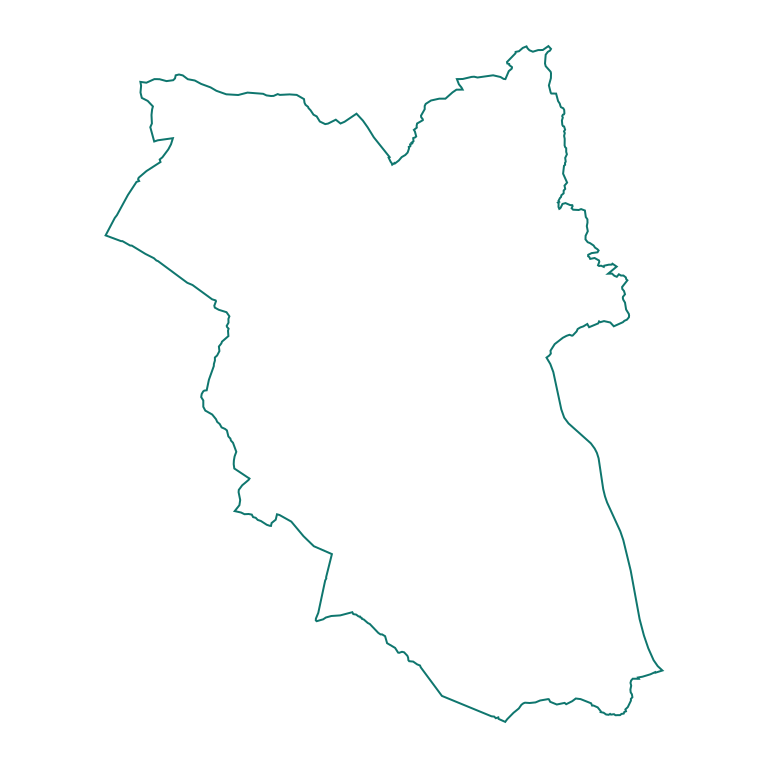 Breaza, Prahova, Romania
{"feature_id": "2599482B80317007736787", "entity_name": "Breaza", "entity_type": "district", "adm_level": 2, "iso_a3": "ROU", "parent_name": "Romania", "parent_adm1": "Prahova", "projection": "equal_earth", "projection_center": [25.656, 45.184], "detail": "fine", "context": "isolated", "style": "outline", "palette": "teal", "viewbox_px": 768, "rotation_deg": 0, "n_neighbors": 0, "source": "geoboundaries", "source_scale": "gbopen_adm2", "svg_char_len": 6037}
<svg xmlns="http://www.w3.org/2000/svg" viewBox="0 0 768 768"><path d="M505.2,721.9L507.2,719.2L513.5,712.8L518.8,708.5L521.4,704.8L523.4,703.3L525.0,702.7L529.7,703.0L535.5,702.4L540.1,700.5L548.2,699.1L548.9,699.3L550.2,701.8L556.8,704.5L564.6,702.9L566.2,704.2L572.2,701.2L575.8,698.5L580.6,699.1L591.1,703.3L592.1,705.6L593.4,705.5L597.7,707.4L600.8,711.3L600.6,712.1L603.6,712.7L606.1,714.5L608.7,714.8L610.1,713.9L611.0,714.6L614.0,714.2L615.4,715.2L620.1,715.1L621.5,713.9L623.7,713.6L624.3,712.0L626.0,711.3L625.4,709.4L627.8,707.1L630.9,700.7L630.9,698.9L632.4,697.2L631.9,694.3L630.7,692.4L630.4,689.6L631.2,685.7L630.5,682.9L631.1,680.6L632.1,679.4L632.8,678.7L638.8,678.8L638.0,677.5L642.5,676.7L650.4,674.3L655.2,672.1L655.4,672.7L662.4,670.5L657.7,666.1L653.6,660.2L648.3,648.3L643.9,635.4L639.6,619.1L630.7,570.6L623.3,540.1L620.3,531.3L607.1,502.5L605.0,496.4L603.2,489.0L598.6,458.3L596.9,452.9L594.7,448.6L590.9,443.4L568.5,423.4L564.2,417.6L561.3,409.4L553.3,372.0L550.3,364.0L546.5,357.6L549.3,355.5L550.8,353.6L550.5,350.7L554.7,344.1L562.8,337.8L566.6,335.8L569.5,334.8L572.0,335.7L572.7,335.5L576.6,331.4L577.7,329.0L580.4,327.4L583.3,326.4L587.3,324.0L589.1,327.2L598.2,323.4L599.1,321.4L600.2,322.2L604.0,321.1L610.3,322.5L613.8,326.3L622.9,322.2L624.4,320.8L626.9,319.7L628.9,317.3L629.1,315.5L628.8,313.9L626.1,309.5L625.0,302.6L623.2,299.6L622.8,297.9L623.0,296.7L625.0,294.3L624.0,291.0L622.3,289.0L622.1,287.0L627.4,280.3L626.3,279.3L625.8,277.4L623.4,275.5L620.9,275.5L618.9,274.3L616.8,276.8L614.4,275.8L612.0,273.6L608.1,273.7L616.7,266.6L612.4,263.7L611.7,264.6L608.7,264.7L604.2,265.7L603.8,266.9L601.1,265.7L599.1,266.0L598.0,265.3L599.3,261.8L599.0,260.5L594.6,258.0L590.2,258.9L589.4,257.2L588.1,256.2L588.2,254.8L591.6,253.1L597.5,252.3L598.6,250.5L597.4,249.2L595.0,247.6L593.6,245.5L590.0,243.1L587.7,242.2L585.5,239.4L585.6,235.8L587.8,231.2L586.8,226.1L587.5,222.7L587.4,219.3L585.8,217.0L584.9,210.5L581.1,209.1L578.7,210.0L573.1,209.7L571.6,208.2L572.6,206.2L572.3,205.2L570.2,205.1L565.5,203.1L562.5,203.9L560.7,207.7L559.7,208.7L559.3,208.9L558.5,206.9L558.6,203.4L557.9,202.6L559.2,201.9L558.5,200.9L559.9,198.1L561.0,197.0L561.4,195.2L563.6,193.4L563.7,190.5L565.2,188.9L564.5,185.6L567.1,182.6L563.1,173.7L564.0,165.8L565.1,164.8L565.0,162.9L565.7,161.7L565.2,157.9L566.9,154.3L566.2,151.9L566.2,148.2L565.2,147.2L564.6,145.5L564.7,138.8L564.1,135.9L564.8,133.1L564.0,131.3L565.1,129.7L564.1,126.5L563.0,126.1L562.3,124.8L561.9,120.5L562.8,117.6L562.2,116.1L562.9,114.7L563.9,114.4L564.4,113.4L564.2,110.0L563.3,108.3L561.0,107.2L560.5,106.2L559.7,103.5L558.1,101.1L556.1,93.6L551.3,93.5L550.7,92.6L548.9,85.4L550.9,78.1L551.0,73.2L550.6,71.7L545.7,66.2L545.0,63.5L545.7,54.7L547.8,51.9L550.0,50.6L551.0,48.9L548.4,46.1L542.8,50.0L538.1,50.1L532.9,51.7L529.5,50.3L527.6,48.4L526.5,46.4L522.8,47.9L519.0,51.2L515.6,51.9L515.5,53.3L507.0,62.0L507.3,63.5L509.2,64.0L509.4,65.2L511.9,67.0L512.0,67.8L511.6,68.8L508.8,71.1L505.4,79.1L503.6,78.9L500.5,77.0L493.1,75.3L477.5,77.5L474.1,76.7L471.6,76.9L462.7,79.0L456.9,79.1L458.9,84.3L461.5,87.5L462.6,89.6L456.4,89.7L452.5,92.4L445.4,98.7L439.1,98.7L431.0,100.5L425.7,103.9L424.7,106.0L424.7,109.2L421.0,115.7L421.2,117.2L422.8,119.3L422.8,120.2L417.1,123.5L416.6,126.0L416.8,127.6L413.9,129.9L414.9,131.5L416.2,136.4L415.3,137.3L413.2,138.1L413.5,141.2L411.8,142.5L412.5,142.9L412.3,143.4L410.1,144.4L410.5,145.8L410.2,146.4L408.8,146.9L409.0,148.6L407.6,152.6L405.3,155.0L401.7,157.1L398.8,160.5L394.9,163.5L394.5,163.0L392.2,164.7L391.4,162.6L390.8,162.1L388.6,157.6L389.6,157.1L373.8,137.3L367.7,127.4L362.9,120.6L356.5,113.7L344.5,121.8L340.5,123.5L335.8,119.7L328.0,123.6L325.2,124.1L319.8,121.5L316.7,116.4L313.5,114.7L310.5,110.2L308.5,108.1L308.1,106.9L305.5,104.8L304.5,102.7L304.0,99.1L296.7,94.9L289.5,94.4L279.9,94.9L277.7,94.1L273.6,95.9L271.0,96.0L266.5,95.4L263.1,93.8L247.5,92.6L238.2,95.0L226.3,94.3L216.4,90.8L210.6,87.4L201.1,83.9L194.8,80.5L187.8,79.2L182.8,75.4L179.0,74.5L175.7,75.3L175.0,78.4L173.2,80.2L166.5,81.1L159.5,79.2L154.4,79.1L146.4,82.7L140.4,81.9L141.1,85.7L140.5,92.5L141.8,97.9L147.7,100.9L152.9,106.4L152.1,109.5L151.5,115.0L151.9,123.5L150.3,127.2L154.2,141.5L157.8,140.3L172.9,138.2L171.0,144.3L168.3,149.4L162.4,157.3L159.7,159.5L160.5,162.0L146.4,171.1L138.7,177.7L138.1,179.2L139.1,181.0L136.5,181.9L127.9,195.0L116.9,215.2L114.8,217.9L105.6,235.4L121.0,241.1L122.4,241.1L130.1,245.5L131.8,245.6L145.4,253.9L153.9,258.2L156.4,260.5L158.0,261.1L187.3,282.8L192.5,285.0L212.1,299.3L215.6,300.4L216.0,301.2L214.3,305.7L214.8,307.6L218.8,309.8L226.5,312.2L229.4,316.3L228.4,318.9L228.5,322.7L226.7,325.9L227.0,326.9L228.6,328.7L228.0,330.7L228.4,336.1L222.0,341.6L221.3,343.5L218.9,346.5L219.4,351.1L217.1,355.5L214.9,357.5L214.9,360.6L213.9,364.0L213.8,366.1L208.9,379.8L206.7,390.3L204.3,390.6L203.2,391.4L201.7,394.0L201.2,397.1L203.3,400.5L203.3,406.8L205.3,410.6L212.2,414.5L216.0,419.2L217.2,421.9L219.7,424.0L221.6,427.4L225.0,428.9L226.9,430.4L228.4,436.5L230.4,438.6L230.9,440.5L233.0,442.8L236.3,451.8L234.6,456.4L233.9,460.4L233.7,464.1L234.3,468.5L249.5,478.6L248.6,479.9L242.2,485.3L238.8,489.9L238.6,492.2L240.2,500.0L239.4,505.2L234.7,511.1L241.0,512.5L244.5,514.2L248.6,514.0L251.8,514.6L253.1,517.1L255.7,517.8L257.7,519.9L260.9,521.0L266.8,524.8L269.8,525.8L271.0,525.9L271.6,523.0L275.7,519.7L277.0,514.3L279.5,515.0L291.3,521.6L303.5,536.2L313.8,546.2L331.9,554.1L326.1,577.3L326.3,578.4L325.2,580.4L318.3,612.8L315.9,618.6L315.8,620.4L316.7,621.2L323.2,619.3L325.9,617.5L331.3,616.0L340.2,615.4L352.3,612.2L353.3,614.1L356.2,614.6L358.5,616.4L360.1,616.6L360.3,617.4L361.6,617.8L361.9,618.8L363.8,619.5L367.8,623.0L369.8,624.0L378.3,632.9L380.5,634.4L382.1,634.4L385.1,636.2L387.1,643.2L395.1,647.9L398.1,652.6L399.2,652.8L402.0,651.8L404.1,652.3L407.4,655.8L408.1,657.6L408.4,660.2L409.2,661.2L413.2,661.6L417.2,664.4L420.0,665.5L420.8,667.4L441.9,695.9L491.5,716.3L494.2,716.6L495.8,718.2L498.3,717.4L498.6,718.9L505.2,721.9Z" fill="none" stroke="#0f766e" stroke-width="2"/></svg>